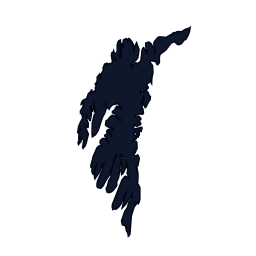 map outline of Vestfirðir (Equal Earth projection), rotated 277°
{"feature_id": "ISL-690", "entity_name": "Vestfirðir", "entity_type": "Region", "adm_level": 1, "iso_a3": "ISL", "parent_name": "Iceland", "parent_adm1": "", "projection": "equal_earth", "projection_center": [-22.568, 65.72], "detail": "fine", "context": "isolated", "style": "filled", "palette": "ink", "viewbox_px": 256, "rotation_deg": 277, "n_neighbors": 0, "source": "natural_earth", "source_scale": "10m", "svg_char_len": 5937}
<svg xmlns="http://www.w3.org/2000/svg" viewBox="0 0 256 256"><g transform="rotate(277 128 128)"><path d="M193.1,144.7L186.3,146.0L179.9,145.6L175.1,146.0L177.6,144.2L175.4,143.2L174.3,141.5L170.9,142.0L171.3,142.9L169.9,143.1L166.8,140.1L166.9,142.2L165.5,143.8L163.3,144.7L161.7,146.5L158.4,146.4L156.8,145.3L150.7,143.2L150.3,142.6L152.8,141.1L159.5,140.4L163.7,139.3L164.4,139.0L164.7,136.9L167.2,135.6L165.4,135.8L161.0,138.8L159.0,139.6L152.7,140.1L152.7,139.7L156.1,138.4L156.1,137.9L154.8,137.9L151.1,139.5L148.6,138.8L149.3,139.8L149.0,140.4L144.8,141.5L143.9,141.3L143.3,140.1L143.4,137.4L140.8,133.1L140.0,133.8L140.1,135.5L141.1,137.0L140.7,138.0L138.9,139.6L138.1,139.7L135.6,137.7L135.2,139.4L134.1,140.2L132.9,139.9L131.0,137.2L130.8,136.2L131.2,135.0L132.6,133.8L132.0,133.4L130.9,133.8L127.9,133.4L127.7,134.2L130.4,141.5L129.6,141.9L126.3,141.5L126.7,140.5L125.7,139.8L122.9,140.0L122.2,139.9L122.2,139.3L120.2,139.3L120.2,138.8L124.3,136.4L125.9,136.1L125.3,135.3L122.2,134.2L121.9,135.7L120.6,137.0L119.1,137.6L117.9,137.2L116.9,135.0L116.2,134.7L115.6,137.9L114.3,138.6L109.0,139.5L103.9,137.9L104.1,136.5L102.4,137.0L101.4,138.3L101.3,139.7L102.4,140.6L102.4,141.1L99.4,142.9L91.8,142.4L89.5,141.1L88.8,141.1L87.9,141.5L88.7,142.0L83.8,143.5L75.7,144.3L73.8,143.8L73.5,144.8L70.3,147.0L59.2,148.4L56.4,148.2L54.0,147.4L54.1,145.9L52.8,145.1L54.8,145.6L55.0,144.4L53.9,143.8L52.5,143.8L51.9,144.7L50.5,143.7L41.3,142.0L24.1,142.8L21.9,142.6L20.6,141.5L23.2,140.8L25.9,139.0L30.6,137.4L31.2,134.2L35.0,132.9L45.1,135.0L48.3,136.9L54.9,138.1L57.8,140.1L59.6,140.6L64.8,139.7L59.5,139.3L56.7,137.2L52.6,135.4L48.0,132.0L57.1,132.9L64.8,134.7L62.1,132.8L51.9,130.4L48.5,128.4L46.0,126.1L45.9,123.7L45.2,122.9L47.8,121.9L50.4,121.9L75.7,128.4L79.3,130.6L79.9,131.8L78.5,134.2L79.6,134.5L83.5,132.4L84.7,133.3L85.3,132.7L90.0,132.9L90.0,132.4L88.8,131.5L96.3,130.1L89.1,130.4L85.9,129.9L82.7,128.8L81.0,127.3L85.4,126.2L87.1,126.7L92.0,126.4L94.8,125.6L98.7,126.1L100.0,125.6L98.3,125.1L98.3,124.7L102.1,123.3L96.9,124.0L94.3,125.0L78.1,124.8L72.8,123.3L69.6,123.9L64.6,121.1L62.7,119.4L61.5,117.2L61.7,115.2L64.3,113.9L65.4,113.9L68.8,114.8L73.3,115.3L77.4,117.1L82.3,116.6L89.7,117.9L92.2,117.9L98.8,119.8L100.9,119.3L95.9,118.6L94.3,117.7L89.4,117.5L85.0,115.9L78.8,115.3L74.2,112.8L67.7,110.4L64.8,108.3L65.2,105.2L66.1,104.4L68.5,104.0L71.6,104.3L82.5,107.3L85.6,107.7L87.8,107.1L88.8,109.0L91.0,109.8L88.2,106.7L80.8,105.1L73.5,101.4L75.4,100.6L84.6,100.7L89.9,102.7L84.8,100.0L79.0,100.0L77.6,99.6L78.2,98.6L80.1,97.5L83.6,97.2L84.5,96.9L84.6,96.0L86.0,95.7L95.4,96.9L104.4,99.5L107.0,101.7L106.7,102.7L107.1,104.1L110.1,102.0L111.9,101.9L114.4,103.8L114.9,106.8L110.0,111.2L114.9,108.5L116.1,107.6L117.1,106.0L117.8,105.8L118.9,106.5L119.8,108.1L119.4,108.5L122.2,107.2L123.1,107.6L120.7,110.7L118.9,111.9L116.9,112.5L120.4,112.2L121.4,111.6L123.5,108.9L124.1,108.7L125.0,110.5L124.0,113.9L124.3,114.8L126.4,111.6L126.5,108.5L127.7,105.8L128.5,105.2L132.6,105.4L133.5,107.0L136.3,108.4L138.9,110.8L138.3,112.9L137.5,113.9L137.9,114.3L134.2,119.4L134.6,120.0L135.4,119.9L136.8,117.3L140.8,112.5L141.2,110.7L142.5,110.6L144.9,113.0L146.1,112.9L146.5,113.5L146.1,114.9L147.0,115.3L147.7,113.8L148.2,113.9L147.8,116.6L145.3,119.7L147.6,119.2L150.0,115.5L151.9,114.8L151.9,114.3L150.6,113.7L149.0,109.8L148.1,108.9L145.7,107.4L144.4,107.1L145.7,104.7L146.5,104.1L149.9,103.5L150.6,102.7L144.2,104.0L139.2,102.9L135.8,101.4L121.6,98.6L117.4,96.6L114.9,93.7L117.7,93.0L128.5,91.9L137.1,92.9L137.9,93.7L140.4,94.6L141.2,94.2L140.0,92.8L144.4,92.6L147.0,91.7L151.4,91.1L143.3,91.6L139.6,90.5L140.8,90.4L143.3,89.1L145.3,88.9L145.3,88.4L144.0,88.0L137.8,90.0L130.9,89.7L130.9,89.0L132.6,87.9L133.4,85.8L137.1,84.8L132.5,85.7L127.8,87.9L124.2,88.4L123.5,88.0L123.9,87.1L125.6,85.8L125.6,85.3L123.6,85.6L117.2,89.4L107.8,88.3L105.3,87.7L102.3,85.9L103.1,85.3L110.8,85.5L112.1,83.5L108.6,82.8L105.6,80.9L107.4,80.2L112.9,81.7L111.7,80.4L118.3,79.9L119.9,81.3L121.2,81.4L121.7,80.9L121.5,80.3L116.6,78.6L123.6,78.8L128.4,80.2L131.8,81.7L133.3,81.6L137.1,80.0L136.7,79.1L139.0,78.7L142.8,80.4L147.9,81.2L148.1,80.4L147.7,79.7L146.1,79.3L145.7,78.6L147.6,78.8L149.4,79.6L150.8,80.9L151.4,82.4L152.4,83.4L157.3,84.5L158.8,85.8L158.0,86.4L161.3,87.0L161.3,87.5L159.7,87.6L159.6,88.9L160.6,90.1L159.7,90.6L159.7,91.1L160.4,91.5L164.1,90.6L165.7,91.5L167.1,90.3L168.0,90.1L168.6,90.6L168.2,91.5L173.6,91.5L174.6,91.1L178.1,93.3L174.0,95.1L174.8,95.3L178.1,94.7L182.2,96.4L184.6,96.0L188.4,96.9L187.9,97.7L189.0,98.0L189.6,98.8L189.6,99.6L188.8,100.0L189.6,101.3L190.0,103.7L191.3,104.4L194.2,104.0L195.0,104.4L195.1,105.3L193.4,107.6L196.2,106.5L196.2,104.9L194.9,103.6L197.8,102.7L200.5,102.7L201.8,104.1L202.9,104.3L200.3,105.4L199.9,106.0L201.4,107.4L202.9,107.9L209.4,107.1L212.5,107.7L213.6,108.4L214.4,109.8L205.9,110.2L204.3,110.8L197.1,111.6L198.2,112.6L208.9,111.2L210.7,111.6L207.4,113.0L207.4,113.5L213.8,112.6L215.4,113.2L216.5,115.7L215.8,116.6L214.0,117.1L216.9,117.9L216.9,118.4L213.9,121.6L211.1,123.2L205.0,124.2L205.0,124.7L209.6,124.7L213.7,126.1L207.1,129.4L198.9,129.2L195.9,127.5L193.9,125.1L192.4,124.2L190.6,123.7L186.9,124.2L190.9,125.2L193.5,126.9L193.5,128.3L192.3,129.2L193.8,130.0L194.3,131.3L196.0,132.2L197.1,132.6L207.1,132.5L208.9,132.9L209.7,133.8L204.8,137.4L204.8,137.9L211.4,135.6L214.5,135.3L215.9,138.1L214.6,140.5L211.7,142.9L208.1,144.6L205.2,145.1L205.2,145.6L211.3,144.5L214.9,143.3L217.2,143.8L221.8,146.8L221.4,147.9L222.3,148.2L222.4,148.7L222.5,154.7L225.7,158.9L225.3,159.3L227.7,161.0L228.4,162.3L227.8,163.9L229.2,164.2L229.8,165.7L230.1,169.4L233.0,173.0L234.4,176.3L235.4,177.4L231.4,177.3L227.6,176.5L222.8,174.5L222.6,173.3L218.3,170.8L217.0,168.6L216.9,167.0L219.4,163.6L217.5,160.4L210.0,156.0L204.9,150.7L201.9,150.5L196.8,151.2L194.5,149.9L194.6,149.0L197.3,147.3L197.6,142.8L196.9,141.9L195.3,142.4L193.1,144.7Z" fill="#0f172a" stroke="#020617" stroke-width="1.5"/></g></svg>